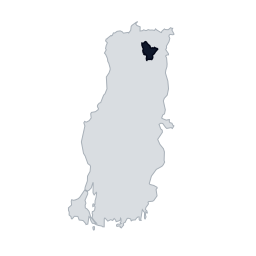 where Bitlis sits in Turkey, rotated 280°
{"feature_id": "TUR-2311", "entity_name": "Bitlis", "entity_type": "Province", "adm_level": 1, "iso_a3": "TUR", "parent_name": "Turkey", "parent_adm1": "", "projection": "mercator", "projection_center": [42.405, 38.524], "detail": "fine", "context": "in_parent", "style": "filled", "palette": "ink", "viewbox_px": 256, "rotation_deg": 280, "n_neighbors": 0, "source": "natural_earth", "source_scale": "10m", "svg_char_len": 4490}
<svg xmlns="http://www.w3.org/2000/svg" viewBox="0 0 256 256"><g transform="rotate(280 128 128)"><path d="M197.7,91.8L201.2,93.0L202.3,92.1L205.5,92.2L208.3,92.9L209.9,90.8L211.9,91.1L212.3,92.1L213.2,92.5L216.2,95.2L215.8,95.5L216.5,96.5L219.1,97.1L219.3,98.5L221.3,100.5L222.3,103.5L221.7,105.7L220.6,107.0L222.2,111.6L221.7,112.2L224.7,113.7L228.6,113.5L229.8,114.1L233.5,117.7L234.5,119.1L231.9,117.4L230.5,118.9L229.7,122.4L225.6,123.0L226.3,125.3L227.4,126.4L227.0,128.5L227.3,129.4L228.4,130.8L228.2,132.7L228.7,134.8L228.7,137.2L230.4,137.9L229.6,139.1L227.7,144.0L227.9,144.4L229.1,144.5L231.9,146.7L231.4,147.5L231.8,150.6L234.2,152.6L233.8,153.7L233.9,154.7L232.1,154.2L228.5,157.0L228.1,156.9L227.6,156.0L227.5,153.2L226.7,152.5L225.5,152.3L223.6,153.6L221.8,153.5L220.0,153.3L215.3,151.6L213.6,152.1L211.8,151.5L208.2,154.9L207.1,155.2L206.6,153.5L205.4,152.5L203.8,153.8L197.8,155.4L195.0,155.7L191.6,155.2L188.7,155.3L181.1,159.1L173.7,161.1L167.2,160.9L163.6,158.6L160.8,158.1L152.4,161.6L148.3,161.5L146.9,160.0L143.7,159.4L143.1,160.8L142.4,164.2L143.5,167.3L141.7,167.5L140.6,168.2L140.3,170.5L138.7,171.4L138.1,172.8L137.8,172.8L135.2,171.7L135.9,170.5L134.3,166.2L135.1,164.9L138.5,161.4L138.4,159.4L137.0,157.9L132.6,160.5L132.3,161.5L131.3,162.3L129.7,162.6L122.0,159.2L117.5,162.2L113.7,166.5L110.8,168.0L102.3,169.2L100.8,170.0L97.9,169.1L96.1,168.0L92.2,163.1L84.7,159.4L76.9,158.6L76.2,159.5L75.9,163.3L74.7,166.8L74.0,167.2L72.3,166.3L66.2,168.4L61.1,166.0L60.2,165.0L59.0,160.9L58.2,160.6L57.4,161.2L56.5,161.2L52.8,159.4L50.8,159.3L49.6,161.0L47.7,161.8L47.6,161.3L48.4,160.1L45.3,160.3L43.6,161.2L41.4,160.7L41.5,160.2L43.3,159.6L47.5,159.0L50.1,156.3L40.2,156.4L39.3,157.0L39.1,155.6L39.7,154.9L42.3,154.4L42.1,153.2L40.5,151.9L38.8,151.2L38.0,148.2L37.1,147.5L37.2,147.1L38.8,146.5L39.2,144.3L38.9,143.0L35.7,141.8L35.0,141.9L34.2,140.7L32.8,139.9L31.7,140.6L28.4,138.7L29.0,137.4L29.8,137.5L30.0,136.4L29.3,134.7L29.4,133.8L30.1,133.6L30.9,133.7L31.7,134.8L31.8,136.7L32.7,137.9L33.3,136.7L34.8,137.4L37.4,136.8L37.9,136.3L36.0,136.3L35.3,135.8L33.7,132.6L35.3,131.7L36.5,130.1L34.3,129.0L34.7,126.8L32.8,124.3L35.3,121.0L35.2,120.6L34.4,120.4L26.5,121.7L26.3,120.3L26.9,119.0L26.9,115.9L27.2,114.2L28.7,113.7L30.5,111.2L33.4,108.2L36.5,108.3L37.7,107.5L39.5,107.4L40.0,108.6L41.6,109.4L44.4,109.3L45.8,108.5L44.5,107.0L46.1,106.6L47.3,106.9L46.7,108.5L47.0,108.7L50.7,108.2L54.5,108.6L58.7,108.4L59.2,107.9L56.2,106.3L58.1,104.8L59.2,104.6L68.0,103.3L68.0,102.9L62.6,102.2L59.8,100.3L59.1,99.3L59.6,96.8L60.2,96.2L62.2,96.1L68.8,97.2L73.5,96.5L78.7,98.2L83.6,97.8L84.7,97.1L85.9,94.7L92.9,90.7L95.3,88.6L106.2,84.5L122.5,85.2L125.4,83.6L127.0,84.2L126.6,85.2L126.7,86.2L128.6,88.6L131.5,90.0L135.5,88.8L137.0,89.3L138.4,93.1L140.9,95.4L142.1,95.5L143.6,94.2L145.1,94.0L147.4,95.3L148.3,96.7L156.1,98.3L157.7,99.4L162.9,100.5L174.5,97.8L178.8,99.7L182.3,100.3L183.9,100.0L188.5,97.8L190.0,96.6L193.0,95.6L196.6,93.2L197.7,91.8ZM47.6,85.0L47.3,86.7L48.0,88.6L49.7,91.2L51.3,92.5L59.2,96.0L58.1,99.3L56.1,99.8L49.4,98.2L46.6,99.6L44.6,99.2L41.9,99.8L41.1,101.8L39.2,104.0L33.8,106.8L28.9,112.2L27.5,112.9L28.1,111.1L28.0,109.5L30.2,107.6L33.2,106.1L34.0,104.9L26.4,105.1L25.6,103.4L26.4,103.1L28.9,100.1L29.1,98.9L28.9,95.9L31.9,94.2L32.2,93.5L31.7,90.5L28.8,88.8L28.8,88.0L30.9,87.2L32.1,85.1L35.0,84.7L36.5,83.7L39.0,83.2L42.3,85.8L46.1,84.8L47.6,85.0ZM24.9,112.1L22.3,112.5L21.5,112.1L22.3,111.2L24.3,110.6L25.0,111.5L24.9,112.1Z" fill="#d9dde1" stroke="#a8b0b8" stroke-width="1"/><path d="M208.4,129.4L209.3,129.1L210.1,128.4L210.6,128.1L211.1,128.0L211.5,127.7L211.9,127.4L214.0,127.0L214.0,128.1L214.3,128.8L215.6,129.6L216.1,130.3L215.7,131.3L214.9,131.9L214.3,132.6L213.3,134.1L213.1,134.6L212.9,135.0L212.2,135.5L211.0,136.1L210.8,136.3L210.7,136.9L210.8,137.2L211.1,138.1L211.2,138.3L211.2,138.7L211.1,139.2L211.3,139.9L211.9,140.1L211.6,141.0L211.4,141.2L211.3,141.4L211.3,141.8L211.4,142.3L211.3,142.9L211.0,143.4L210.6,143.5L209.8,142.9L208.7,142.3L208.0,141.8L207.5,141.6L206.7,141.3L205.9,141.0L205.2,140.5L204.6,139.8L203.8,139.5L202.9,139.8L201.9,140.1L200.7,140.0L199.6,139.5L199.5,139.2L199.6,138.9L199.6,138.4L199.5,137.9L199.3,137.1L198.9,135.2L197.9,134.8L198.0,134.6L199.8,134.0L201.7,134.1L202.4,133.7L203.1,132.9L203.6,132.5L203.5,131.9L203.1,131.4L203.3,130.9L204.3,130.9L204.6,130.7L204.7,130.0L204.9,129.9L205.4,129.8L205.8,129.6L206.2,129.4L206.6,129.2L208.4,129.4Z" fill="#0f172a" stroke="#020617" stroke-width="1.5"/></g></svg>